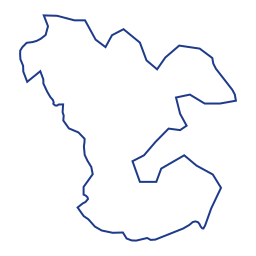 SVG path tracing the border of Ludzas
{"feature_id": "LVA-1065", "entity_name": "Ludzas", "entity_type": "Municipality", "adm_level": 1, "iso_a3": "LVA", "parent_name": "Latvia", "parent_adm1": "", "projection": "mercator", "projection_center": [27.798, 56.379], "detail": "fine", "context": "isolated", "style": "outline", "palette": "blue", "viewbox_px": 256, "rotation_deg": 0, "n_neighbors": 0, "source": "natural_earth", "source_scale": "10m", "svg_char_len": 1318}
<svg xmlns="http://www.w3.org/2000/svg" viewBox="0 0 256 256"><path d="M212.3,58.0L213.3,63.6L215.9,68.7L232.3,89.8L234.8,94.5L235.9,100.7L220.2,103.5L204.6,103.5L189.9,94.6L176.0,97.5L180.1,113.8L186.6,125.7L180.1,130.1L168.6,128.6L155.5,141.9L144.0,155.3L132.5,161.2L139.9,181.9L156.3,181.9L161.2,168.6L184.2,155.3L196.5,165.6L212.8,174.5L221.0,187.8L211.2,208.4L205.1,225.5L203.4,228.5L202.2,228.3L200.6,226.4L199.5,224.1L198.0,222.2L195.4,221.4L192.7,222.1L189.4,224.9L183.2,228.5L155.3,239.6L150.7,239.9L147.2,238.0L136.2,240.6L131.6,240.4L126.6,238.5L122.9,232.5L112.7,232.8L101.7,230.5L94.9,226.6L88.4,219.3L83.7,216.1L77.6,207.5L82.6,203.5L85.5,202.0L88.0,199.0L87.5,197.3L86.0,195.8L83.6,194.6L83.6,186.9L92.7,174.2L91.3,167.0L87.5,160.8L84.7,154.9L83.9,146.4L84.5,142.1L84.6,138.8L78.4,132.4L68.9,128.4L63.3,120.5L63.7,115.6L62.6,112.2L63.1,104.4L58.7,104.5L57.0,105.6L55.0,105.4L53.3,103.8L53.7,102.3L52.9,100.0L50.3,97.0L47.2,91.7L43.4,83.6L43.3,79.3L40.3,71.2L27.2,81.8L23.3,71.6L23.1,65.8L20.4,59.2L20.1,53.9L20.3,50.4L22.5,47.0L26.7,42.8L32.4,42.1L36.7,40.9L40.7,38.8L45.6,35.0L48.0,26.3L43.8,15.4L57.1,15.8L74.3,20.3L85.0,20.3L95.6,39.6L105.5,47.1L112.0,35.2L123.5,29.2L139.9,42.6L146.5,60.4L157.1,69.3L165.3,57.5L179.2,45.6L199.7,48.6L212.3,58.0Z" fill="none" stroke="#1e3a8a" stroke-width="2"/></svg>